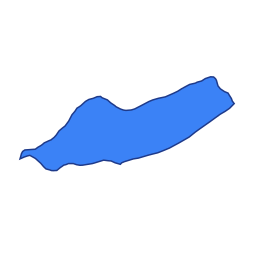 Oredo, Edo, Nigeria, rotated 222°
{"feature_id": "59680162B51317919954642", "entity_name": "Oredo", "entity_type": "district", "adm_level": 2, "iso_a3": "NGA", "parent_name": "Nigeria", "parent_adm1": "Edo", "projection": "mercator", "projection_center": [5.573, 6.23], "detail": "fine", "context": "isolated", "style": "filled", "palette": "blue", "viewbox_px": 256, "rotation_deg": 222, "n_neighbors": 0, "source": "geoboundaries", "source_scale": "gbopen_adm2", "svg_char_len": 1607}
<svg xmlns="http://www.w3.org/2000/svg" viewBox="0 0 256 256"><g transform="rotate(222 128 128)"><path d="M187.6,32.8L185.7,37.0L183.9,40.2L182.6,42.0L179.6,42.7L176.5,43.4L174.8,43.4L172.9,43.4L172.6,43.4L170.3,43.4L169.9,43.4L169.2,43.4L164.9,42.8L161.6,42.7L157.9,44.6L156.5,45.1L155.0,46.3L152.5,48.8L151.8,53.6L151.5,54.6L151.3,55.5L150.9,57.4L149.6,59.3L148.4,61.8L144.8,65.0L141.7,66.3L138.7,68.2L137.3,69.6L136.8,70.1L130.7,77.7L129.5,79.6L124.6,87.8L121.0,90.3L118.5,92.2L114.3,93.5L109.4,95.9L109.4,97.9L108.2,100.5L103.3,108.7L100.2,112.5L94.8,121.3L92.3,125.1L89.3,129.5L86.8,134.5L83.8,140.8L82.0,145.9L80.2,150.9L76.5,162.2L75.3,169.8L74.1,175.4L71.1,188.6L69.9,194.3L68.7,199.9L66.9,205.6L65.7,210.6L65.4,217.2L68.5,217.8L70.9,219.1L75.2,220.3L77.0,220.9L80.7,219.6L85.6,218.9L89.3,219.5L94.2,222.6L96.0,223.2L98.5,223.2L100.9,221.3L103.6,216.5L104.8,212.1L106.2,210.0L107.3,208.3L107.9,206.5L111.3,201.7L112.6,198.2L114.4,193.1L115.6,188.7L117.4,184.3L121.1,176.1L125.3,170.4L128.4,165.4L130.2,161.6L133.4,152.9L135.8,146.6L137.7,143.5L141.3,139.7L143.2,138.4L146.2,137.1L151.1,135.8L152.9,135.8L157.8,135.1L162.1,135.1L167.6,133.1L169.5,133.1L171.9,130.6L173.7,126.8L176.2,123.0L177.4,119.3L178.0,113.0L178.5,111.0L179.2,108.6L178.6,104.8L178.5,100.4L176.7,93.5L176.1,87.3L176.7,84.1L177.3,79.7L176.6,74.7L176.6,71.6L176.7,71.0L177.1,68.8L177.2,67.8L178.4,65.3L179.2,63.4L180.3,60.9L180.6,58.4L180.8,57.5L180.9,57.1L181.0,56.6L182.1,53.3L182.7,50.2L185.6,47.2L190.0,42.6L190.3,41.2L190.6,40.1L190.0,37.6L188.7,35.1L187.6,32.8Z" fill="#3b82f6" stroke="#1e3a8a" stroke-width="1.5"/></g></svg>